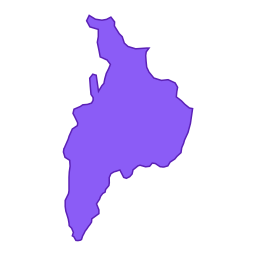 the district of Kiti, Larnaca, Cyprus
{"feature_id": "46923920B16872533140299", "entity_name": "Kiti", "entity_type": "district", "adm_level": 2, "iso_a3": "CYP", "parent_name": "Cyprus", "parent_adm1": "Larnaca", "projection": "mercator", "projection_center": [33.572, 34.846], "detail": "fine", "context": "isolated", "style": "filled", "palette": "violet", "viewbox_px": 256, "rotation_deg": 0, "n_neighbors": 0, "source": "geoboundaries", "source_scale": "gbopen_adm2", "svg_char_len": 1750}
<svg xmlns="http://www.w3.org/2000/svg" viewBox="0 0 256 256"><path d="M89.2,15.4L86.6,20.8L89.9,26.9L98.3,29.4L98.3,36.7L97.3,42.3L99.1,51.0L100.2,56.9L107.1,60.0L110.4,64.4L108.8,68.4L106.3,73.4L104.8,78.8L103.9,83.4L101.9,85.7L98.5,91.3L97.7,85.6L96.2,75.2L92.8,74.2L89.7,78.2L90.3,86.5L91.0,94.4L93.1,97.5L93.1,100.4L91.5,103.1L87.5,104.4L82.8,104.8L80.3,106.5L74.0,109.2L73.0,113.4L75.1,117.5L77.7,122.9L77.4,125.6L72.3,129.0L69.1,136.2L68.2,139.2L64.2,148.3L63.9,148.6L63.4,152.0L65.0,157.3L69.7,160.3L70.1,166.1L69.3,171.8L69.0,177.1L69.0,182.4L69.0,190.7L68.5,193.7L65.2,200.4L65.2,206.5L65.8,211.0L67.1,215.1L68.3,219.1L69.0,223.2L69.2,225.7L71.6,228.2L73.4,232.4L72.3,235.8L73.8,236.7L75.4,239.5L75.9,240.4L77.8,240.6L80.3,240.2L80.8,239.9L81.5,239.5L82.6,236.0L84.2,233.0L85.1,231.1L86.5,229.3L88.6,226.2L89.9,224.6L91.5,222.1L91.8,218.8L95.5,216.1L98.9,213.6L98.9,209.9L97.6,206.6L96.5,203.9L98.4,200.9L99.5,199.3L100.6,196.3L102.7,193.5L105.1,192.1L105.6,189.5L108.9,185.5L109.3,182.8L109.2,177.6L110.9,173.7L113.9,171.9L116.3,171.2L119.9,170.0L123.7,177.4L126.4,178.3L129.7,176.7L132.1,174.0L133.0,169.9L137.9,165.9L140.0,165.2L145.6,166.8L149.6,166.3L152.2,163.1L155.3,163.5L160.1,166.7L161.4,166.8L162.8,167.0L163.9,167.0L167.8,165.9L170.1,162.1L174.8,159.0L176.9,156.4L181.0,152.6L181.7,147.8L183.6,143.3L184.5,140.1L188.0,132.5L190.4,123.6L192.6,108.6L189.4,108.0L184.8,104.3L181.5,100.9L176.3,96.9L176.8,91.6L177.6,87.3L175.1,82.9L168.1,79.7L161.4,80.4L153.8,78.0L149.0,72.1L146.7,67.2L146.1,61.4L145.7,55.6L146.2,51.9L149.0,48.1L146.3,48.1L135.6,48.8L128.0,46.5L124.3,43.1L122.2,36.7L119.2,33.7L114.4,26.0L114.6,21.9L110.9,17.1L106.5,19.4L101.9,20.2L95.4,19.2L89.2,15.4Z" fill="#8b5cf6" stroke="#5b21b6" stroke-width="1.5"/></svg>